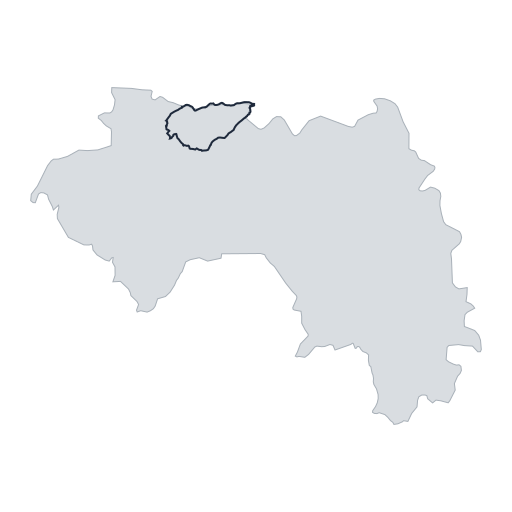 Mali, Mali, Guinea (highlighted)
{"feature_id": "49546643B49159513129654", "entity_name": "Mali", "entity_type": "district", "adm_level": 2, "iso_a3": "GIN", "parent_name": "Guinea", "parent_adm1": "Mali", "projection": "albers", "projection_center": [-12.025, 12.05], "detail": "fine", "context": "in_parent", "style": "outline", "palette": "slate", "viewbox_px": 512, "rotation_deg": 0, "n_neighbors": 0, "source": "geoboundaries", "source_scale": "gbopen_adm2", "svg_char_len": 7401}
<svg xmlns="http://www.w3.org/2000/svg" viewBox="0 0 512 512"><path d="M321.6,346.7L316.9,346.1L314.8,347.0L308.6,354.4L304.8,357.3L299.0,356.4L296.9,356.9L295.3,356.1L297.4,352.1L300.4,344.0L308.1,336.0L308.2,334.3L305.0,329.6L301.7,323.2L301.7,316.3L301.0,311.3L294.2,310.0L293.0,309.1L292.8,307.5L296.6,298.9L296.9,297.1L296.4,295.6L292.2,291.2L285.7,283.1L274.4,266.5L270.3,263.0L266.3,257.9L264.7,254.7L260.6,253.5L221.7,253.8L221.0,258.2L207.6,261.1L199.3,257.7L190.2,259.7L185.7,261.9L182.2,271.6L180.3,273.7L178.3,278.0L176.5,280.4L174.5,285.2L170.1,292.1L165.5,296.5L157.6,298.8L155.2,306.0L153.4,308.7L150.3,310.8L147.1,312.1L140.7,310.7L137.2,312.0L136.5,310.2L138.6,304.5L137.0,301.5L130.9,295.6L130.3,292.7L128.5,289.0L120.5,281.4L112.9,281.8L115.1,275.4L115.0,266.9L112.5,262.3L113.2,257.5L111.8,257.8L109.2,261.1L105.2,260.0L97.0,254.9L93.0,250.0L92.5,245.8L91.6,244.2L89.1,245.0L83.9,244.9L68.4,237.4L57.4,218.6L57.2,214.4L58.9,207.2L58.5,205.2L53.4,210.0L52.4,206.7L48.6,199.2L47.5,194.9L43.8,192.9L40.8,192.6L38.5,194.0L35.3,202.7L33.1,202.6L30.7,200.7L31.3,194.2L37.4,186.1L47.6,165.6L51.2,160.9L53.5,159.2L58.3,159.1L67.5,156.4L78.9,150.1L87.6,150.6L97.9,149.9L111.2,145.6L111.5,131.8L111.0,128.7L106.3,125.9L103.6,123.4L101.2,120.4L98.3,118.2L98.4,115.9L104.4,112.9L109.8,113.0L111.6,111.9L113.0,109.9L114.5,104.9L115.1,99.7L111.6,92.6L111.8,87.6L131.4,88.4L142.1,89.8L150.8,90.2L152.2,91.4L151.0,96.3L152.1,99.1L155.1,99.9L160.0,96.5L162.6,97.3L168.1,101.5L173.2,102.7L178.7,105.0L184.0,106.3L188.6,106.1L192.1,108.5L198.7,109.3L207.1,106.3L213.7,104.9L223.0,104.6L227.9,105.6L242.0,103.2L253.2,104.5L251.5,106.2L246.4,117.3L247.0,119.2L258.3,128.6L261.0,129.3L264.1,128.0L269.0,123.6L272.8,118.9L276.5,116.6L280.8,116.8L284.3,120.0L292.4,133.9L294.5,135.7L296.4,135.6L299.9,133.0L301.7,130.0L309.1,120.7L320.6,116.1L348.2,126.4L352.2,127.2L354.6,126.4L358.0,120.1L368.3,114.7L373.2,113.2L376.1,113.0L377.1,111.3L377.6,108.7L377.1,106.1L373.8,101.4L373.7,100.1L375.5,99.1L379.5,98.4L384.6,98.8L390.3,100.8L395.0,103.7L397.7,107.2L403.1,121.8L409.0,133.3L408.9,148.7L411.5,150.2L414.3,150.8L415.7,152.0L418.6,158.4L421.3,160.2L424.4,160.6L430.4,164.6L434.3,166.1L434.9,167.3L434.7,169.0L433.3,171.2L427.6,175.5L424.8,179.2L419.0,188.0L418.8,189.7L420.1,190.8L422.5,191.0L425.1,190.4L430.5,187.1L434.8,188.2L438.9,190.6L440.4,193.1L440.8,196.4L440.0,200.7L439.9,205.5L441.4,213.6L443.6,221.7L445.8,224.7L459.5,231.7L460.9,234.3L461.6,237.3L460.7,241.5L459.3,243.8L451.9,250.3L450.8,253.4L451.5,259.0L452.4,282.9L455.4,286.9L458.9,288.9L467.2,287.6L467.0,294.2L466.0,301.7L470.9,303.9L473.3,306.1L474.7,308.2L467.2,312.3L465.0,314.6L464.1,320.8L464.4,326.5L474.7,330.5L478.7,335.2L480.5,340.2L481.3,349.5L480.4,351.7L477.8,351.8L472.5,346.1L464.5,345.6L458.6,344.6L448.8,345.5L447.1,347.3L446.1,359.7L448.6,361.8L453.3,364.1L456.4,365.1L459.0,364.8L460.9,366.3L461.4,370.4L460.1,373.4L457.6,376.2L454.4,383.5L455.2,390.1L449.8,400.7L448.2,402.8L440.8,400.8L436.0,400.1L432.6,402.9L427.7,398.8L426.8,395.6L425.0,395.0L421.8,395.0L418.8,396.8L417.6,400.2L417.0,406.9L411.7,413.4L407.9,421.4L403.5,420.7L402.6,421.7L397.9,423.8L393.9,424.4L392.8,422.3L390.5,420.6L387.8,417.3L384.9,414.6L379.2,412.7L376.9,413.6L374.3,413.4L372.5,412.3L372.7,410.7L375.6,406.5L377.3,402.7L378.2,398.5L378.1,394.5L376.5,388.9L373.9,384.5L373.3,381.9L373.5,378.2L372.9,374.8L372.1,373.1L370.8,366.6L369.3,365.4L368.4,360.2L368.6,354.9L366.4,352.9L362.9,351.5L360.9,349.4L359.6,347.1L358.4,346.5L357.3,346.6L356.4,348.1L355.2,348.4L353.2,343.4L352.3,343.2L350.9,344.4L335.0,350.0L333.0,345.3L329.9,344.5L324.7,346.5L321.6,346.7Z" fill="#d9dde1" stroke="#a8b0b8" stroke-width="1"/><path d="M170.0,138.5L170.9,138.3L171.6,137.9L172.2,136.8L172.8,136.3L173.3,135.8L173.4,134.8L174.3,134.2L175.3,134.2L176.0,133.9L176.3,134.0L176.9,136.4L177.5,138.2L178.7,139.2L180.0,141.1L180.8,142.1L181.7,143.1L182.8,143.9L183.3,144.6L183.1,145.1L183.5,145.6L184.3,145.2L184.9,145.3L185.5,145.4L186.0,145.6L187.0,145.9L188.2,145.6L189.0,146.2L189.7,148.5L190.3,148.8L192.0,148.9L192.4,148.9L192.6,149.0L192.8,149.0L193.0,149.0L193.3,149.0L193.6,149.1L193.8,149.2L194.0,149.2L194.3,149.3L194.5,149.3L194.8,149.4L195.2,149.5L195.3,149.5L196.7,148.4L197.1,148.6L198.2,149.3L198.6,149.6L200.0,150.0L200.9,149.9L201.7,150.3L202.0,150.8L202.9,150.6L204.2,150.5L206.1,150.4L207.9,149.9L208.5,149.0L209.5,147.0L210.3,145.2L210.7,145.1L211.5,142.9L212.5,141.6L213.7,140.6L215.1,139.6L216.6,138.9L218.1,137.7L220.0,137.5L221.5,137.7L223.1,137.9L224.6,138.0L224.8,137.8L226.7,135.9L227.7,134.8L228.4,133.6L229.2,133.0L230.0,132.5L230.5,132.3L232.3,130.9L233.6,130.0L233.7,129.7L233.8,129.5L233.9,129.2L234.1,128.9L234.2,128.6L234.3,128.3L234.5,128.0L234.6,127.8L234.8,127.4L234.9,127.1L235.1,126.9L235.3,126.7L235.4,126.4L235.7,126.1L235.8,125.8L236.1,125.4L236.4,125.1L236.6,124.8L236.9,124.6L237.2,124.3L237.5,124.0L237.7,123.8L237.9,123.5L238.1,123.3L238.4,123.1L238.6,122.9L238.8,122.7L239.0,122.5L239.2,122.4L239.3,122.3L239.4,122.1L239.7,121.9L239.9,121.8L240.1,121.6L240.4,121.4L240.5,121.3L240.7,121.2L240.9,121.0L241.1,120.8L241.3,120.7L241.5,120.6L241.8,120.3L242.0,120.1L242.3,119.9L242.6,119.6L242.8,119.4L243.2,119.1L243.4,118.9L243.7,118.7L243.8,118.6L244.2,118.2L244.4,118.1L244.6,118.0L244.8,118.0L245.0,117.7L245.4,117.4L245.5,117.3L245.7,117.1L245.8,117.0L246.0,116.8L246.1,116.7L246.3,116.5L246.5,116.4L246.8,116.2L247.0,116.2L247.6,115.2L247.9,114.8L248.7,114.6L249.0,114.1L249.4,113.9L249.4,113.1L249.5,112.8L249.9,112.6L250.2,112.4L250.4,111.8L250.5,111.1L250.3,110.7L250.3,110.4L250.3,109.9L250.1,108.8L249.5,107.9L249.6,107.6L250.0,107.4L250.1,107.1L250.1,106.6L250.1,106.1L250.3,105.9L250.6,105.8L251.0,105.7L251.6,105.1L251.8,105.3L251.7,105.8L251.8,106.2L252.0,106.2L252.4,105.8L252.6,105.9L253.0,105.8L253.7,105.8L254.1,105.4L254.0,105.1L254.1,104.6L253.7,104.1L253.8,103.9L252.5,103.8L252.0,103.7L250.5,102.8L248.9,102.2L247.8,102.2L244.6,102.1L243.5,102.3L241.6,102.8L240.4,103.1L240.2,103.2L238.1,103.3L237.5,103.2L236.6,103.4L236.1,103.6L235.1,104.2L234.2,105.0L233.7,105.2L233.0,105.3L230.7,105.6L229.2,105.2L227.5,105.3L225.4,105.0L224.7,104.7L223.4,103.6L223.1,103.6L222.7,103.1L222.1,102.9L221.5,102.9L220.4,103.3L220.2,103.5L218.8,104.4L218.6,104.4L217.6,104.8L216.3,105.0L215.3,105.0L214.8,104.9L214.1,104.4L214.0,104.2L213.3,103.4L211.9,103.7L211.7,103.7L211.3,103.5L210.9,103.5L210.4,103.5L209.4,104.1L208.4,105.1L207.8,105.5L206.6,106.8L206.2,106.8L205.8,107.1L205.6,107.2L205.5,107.3L205.0,107.2L204.8,107.4L203.5,107.4L202.1,107.6L198.6,109.1L198.3,109.3L197.8,109.5L197.5,109.6L196.3,110.3L195.5,110.6L194.9,110.6L194.5,110.3L194.0,109.7L194.0,109.4L193.5,108.9L193.4,108.7L192.7,107.5L192.1,106.9L191.8,106.7L191.2,106.4L190.0,105.9L189.1,105.3L187.6,104.9L186.7,104.8L186.2,105.0L185.7,105.0L185.0,105.5L183.4,106.6L182.7,106.8L182.3,106.8L182.2,106.8L182.3,107.0L182.1,107.6L179.5,108.8L178.1,109.9L176.4,110.6L174.2,111.7L172.6,112.7L170.8,113.8L169.8,115.8L168.6,117.3L167.6,118.7L166.9,119.6L166.3,120.5L166.2,120.6L166.7,120.8L166.8,121.1L167.1,121.3L166.9,121.9L167.3,122.6L167.4,123.4L166.7,124.7L166.8,125.7L166.0,126.0L166.1,126.7L166.3,127.9L166.4,128.4L166.5,129.3L167.0,129.6L167.9,129.8L168.6,130.2L169.3,130.9L168.3,131.9L167.8,132.6L167.5,133.0L167.2,133.4L167.3,133.5L168.5,134.8L169.7,135.9L170.2,138.0L170.0,138.5Z" fill="none" stroke="#1e293b" stroke-width="2"/></svg>